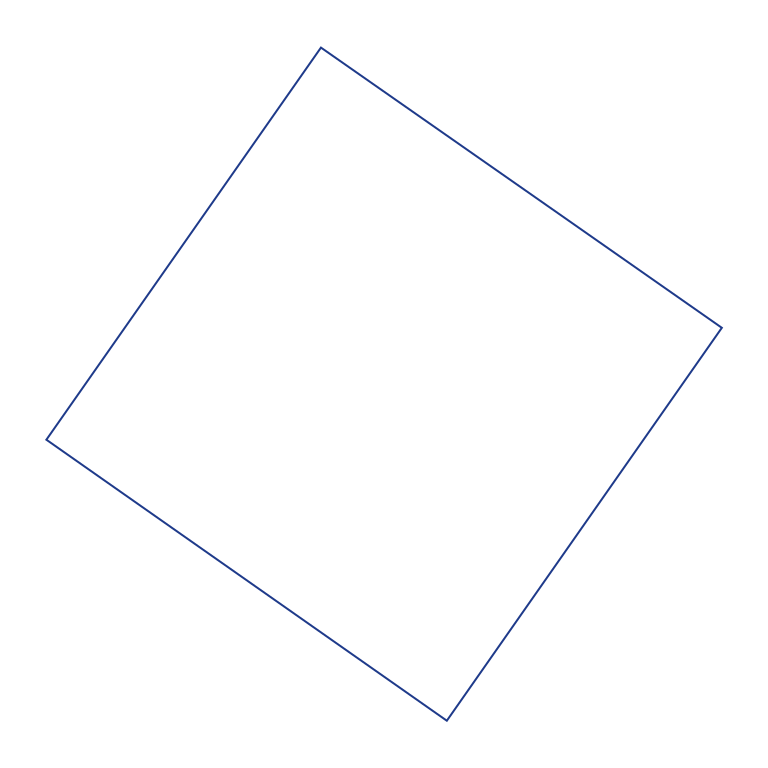 Shackelford, Texas, United States of America, rotated 305°
{"feature_id": "52423323B36829987013590", "entity_name": "Shackelford", "entity_type": "district", "adm_level": 2, "iso_a3": "USA", "parent_name": "United States of America", "parent_adm1": "Texas", "projection": "robinson", "projection_center": [-99.339, 32.736], "detail": "fine", "context": "isolated", "style": "outline", "palette": "blue", "viewbox_px": 768, "rotation_deg": 305, "n_neighbors": 0, "source": "geoboundaries", "source_scale": "gbopen_adm2", "svg_char_len": 262}
<svg xmlns="http://www.w3.org/2000/svg" viewBox="0 0 768 768"><g transform="rotate(305 384 384)"><path d="M144.7,139.4L144.2,628.6L606.8,628.5L623.8,628.5L623.7,415.3L623.4,139.4L275.3,139.4L144.7,139.4Z" fill="none" stroke="#1e3a8a" stroke-width="2"/></g></svg>